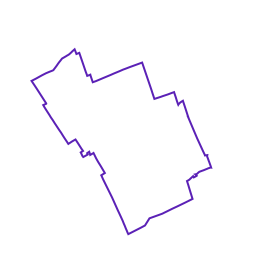 Diosti, Dolj, Romania (Albers equal-area conic projection), rotated 145°
{"feature_id": "2599482B74391152424394", "entity_name": "Diosti", "entity_type": "district", "adm_level": 2, "iso_a3": "ROU", "parent_name": "Romania", "parent_adm1": "Dolj", "projection": "albers", "projection_center": [24.185, 44.122], "detail": "fine", "context": "isolated", "style": "outline", "palette": "violet", "viewbox_px": 256, "rotation_deg": 145, "n_neighbors": 0, "source": "geoboundaries", "source_scale": "gbopen_adm2", "svg_char_len": 2623}
<svg xmlns="http://www.w3.org/2000/svg" viewBox="0 0 256 256"><g transform="rotate(145 128 128)"><path d="M186.0,149.7L186.0,149.2L185.6,149.2L183.7,149.1L182.2,149.1L180.7,149.0L177.6,148.7L177.7,144.5L178.0,138.0L178.0,135.0L180.7,135.1L180.7,134.9L180.8,134.5L181.1,132.8L181.4,131.2L181.3,130.4L181.3,129.9L177.6,129.5L176.2,129.4L175.9,130.8L173.4,130.8L173.9,129.0L174.4,127.6L171.0,127.3L170.6,127.3L171.2,123.4L171.5,121.6L171.7,119.6L171.9,117.4L172.0,115.7L172.1,113.7L172.2,112.1L172.8,104.4L177.0,104.6L177.0,104.4L177.8,100.5L178.7,94.7L179.5,89.4L180.9,80.2L183.6,66.1L184.0,63.7L184.8,59.2L185.6,54.9L186.3,52.0L186.7,49.9L187.4,47.0L187.9,44.5L188.4,42.4L188.5,41.7L188.5,41.3L188.6,40.9L187.2,40.7L176.4,39.2L175.0,39.0L170.0,38.4L162.2,41.7L152.3,39.0L148.9,38.1L147.4,37.9L143.6,37.3L137.7,36.4L132.6,35.5L125.2,34.3L115.8,32.9L115.6,33.6L112.2,44.1L111.2,47.1L110.1,50.7L108.0,50.5L107.3,50.5L107.1,50.5L106.1,50.7L105.3,50.8L102.3,51.2L102.4,49.8L99.8,49.5L99.1,49.5L99.1,50.0L99.2,50.7L99.4,51.4L98.9,51.2L98.5,51.0L98.0,50.9L97.4,50.9L96.9,51.0L96.2,51.1L95.5,51.2L95.1,51.2L94.7,51.2L93.9,51.0L91.6,50.4L90.2,50.0L87.9,49.5L86.7,49.2L85.1,48.9L84.6,48.7L84.2,48.6L83.6,48.4L83.1,48.3L82.8,48.1L82.6,47.9L82.2,49.1L82.1,49.5L80.9,53.9L80.8,54.4L79.9,57.7L79.6,59.0L79.4,59.4L79.3,59.8L79.3,59.7L79.2,59.7L78.8,60.1L78.6,60.3L78.8,60.4L80.7,61.4L80.5,61.9L79.7,66.7L79.5,67.7L77.3,79.8L75.7,87.4L72.6,101.9L72.5,102.4L72.4,102.3L71.8,104.4L70.4,108.9L68.7,114.5L68.2,116.2L67.6,118.2L67.4,118.8L68.9,118.9L70.0,118.9L70.7,118.9L71.7,118.7L72.8,118.5L73.5,118.2L73.3,119.1L72.4,122.2L71.2,125.9L69.7,131.0L76.3,132.7L81.3,134.2L83.2,134.7L89.7,136.7L88.0,142.4L86.7,146.6L78.9,173.5L83.1,174.6L91.3,176.8L96.5,178.1L98.3,178.6L102.3,179.4L105.9,180.2L108.6,180.8L111.7,181.4L119.9,183.2L127.4,184.8L130.6,185.7L129.8,188.5L128.5,192.8L128.3,193.3L129.7,193.6L131.5,194.1L131.0,195.8L130.4,198.2L127.4,208.5L124.8,217.5L127.8,218.2L127.1,220.9L126.6,223.1L127.5,223.0L129.9,222.7L130.8,222.5L133.1,222.2L134.2,222.1L135.8,222.2L136.5,222.3L137.2,222.3L140.9,222.6L141.8,222.7L142.3,222.7L142.9,222.5L144.2,222.1L145.5,221.7L146.3,221.5L148.4,220.8L150.5,220.0L153.5,219.0L155.1,218.5L155.9,218.2L156.8,218.3L160.1,219.1L163.8,219.9L168.1,220.5L171.9,220.9L174.8,221.2L180.0,221.9L180.0,221.6L180.1,216.7L180.2,212.9L180.9,195.0L181.1,194.8L184.3,195.4L184.4,194.0L184.5,193.2L184.7,189.2L184.9,183.7L185.1,180.9L185.1,177.9L185.3,173.7L185.5,165.8L185.5,162.5L185.6,160.8L185.7,159.0L185.8,156.5L185.9,152.8L185.9,151.7L186.0,150.0L186.0,149.7Z" fill="none" stroke="#5b21b6" stroke-width="2"/></g></svg>